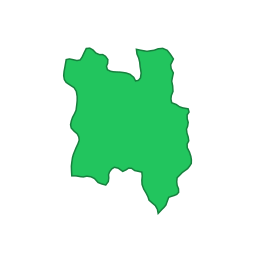 Fernandes Tourinho, Minas Gerais, Brazil, rotated 333°
{"feature_id": "56859067B23476537277650", "entity_name": "Fernandes Tourinho", "entity_type": "district", "adm_level": 2, "iso_a3": "BRA", "parent_name": "Brazil", "parent_adm1": "Minas Gerais", "projection": "natural_earth1", "projection_center": [-42.097, -19.105], "detail": "fine", "context": "isolated", "style": "filled", "palette": "green", "viewbox_px": 256, "rotation_deg": 333, "n_neighbors": 0, "source": "geoboundaries", "source_scale": "gbopen_adm2", "svg_char_len": 1988}
<svg xmlns="http://www.w3.org/2000/svg" viewBox="0 0 256 256"><g transform="rotate(333 128 128)"><path d="M104.0,39.0L101.8,41.9L99.4,45.1L96.7,48.6L94.5,52.1L93.3,55.9L93.6,59.4L96.1,63.8L98.3,67.6L98.6,71.9L97.0,76.9L95.1,80.6L93.3,83.4L91.6,85.9L89.8,88.6L86.7,91.1L83.5,93.3L80.8,95.9L78.3,99.0L77.4,102.2L78.5,106.3L80.1,110.1L80.1,113.7L79.0,116.7L76.3,119.3L72.7,122.1L69.7,124.7L67.4,126.7L65.0,129.3L62.4,133.0L60.2,136.3L58.2,140.6L56.2,145.1L60.0,147.1L63.6,149.8L66.0,151.3L69.4,152.2L72.9,154.7L75.2,157.8L76.6,163.0L79.2,165.9L82.3,168.7L86.1,166.8L88.2,163.8L89.5,160.7L91.7,158.6L94.9,157.1L98.0,156.8L101.1,159.4L103.6,164.3L107.4,164.4L110.3,164.0L112.9,165.5L114.6,168.9L117.3,171.1L120.3,173.6L118.9,177.2L116.6,180.9L114.9,184.7L114.3,189.5L114.6,194.1L114.6,198.2L114.0,201.9L115.6,205.9L117.1,209.5L117.3,213.8L116.1,217.8L121.3,215.9L123.9,215.1L126.7,213.9L129.9,210.9L132.8,208.2L135.7,208.6L138.5,209.1L141.3,209.3L143.9,208.3L145.4,205.1L145.7,201.5L147.0,198.0L149.2,194.6L152.9,193.4L156.1,192.3L159.2,191.8L162.6,191.3L165.6,189.9L168.3,188.3L170.0,185.2L171.1,181.8L171.8,177.4L171.8,172.5L173.4,169.1L176.3,167.0L177.5,163.5L178.2,159.3L179.6,155.5L181.9,153.5L184.2,150.3L184.9,146.7L186.6,143.2L189.6,141.5L190.3,138.2L185.9,134.9L183.4,132.3L181.7,129.0L178.4,125.3L179.4,121.7L181.3,118.8L184.7,115.8L186.9,110.8L188.2,106.1L190.6,103.0L193.4,99.5L193.4,94.7L194.7,91.0L197.2,89.1L199.8,87.1L199.2,81.5L198.2,76.6L195.1,72.8L190.8,71.1L186.6,70.6L183.1,69.4L179.7,68.3L176.5,65.9L174.0,64.0L171.2,61.7L169.6,66.1L169.3,70.5L168.3,74.7L166.7,78.7L165.7,81.9L164.6,85.1L161.8,89.1L158.9,90.3L156.1,89.5L156.1,85.5L154.2,81.1L151.4,78.2L148.8,76.3L146.1,74.5L143.4,73.0L140.5,71.3L138.2,69.5L136.1,66.7L136.9,63.1L139.2,61.2L141.1,57.9L140.5,53.9L138.8,51.1L135.9,49.7L133.4,46.6L132.2,42.5L130.2,39.5L126.9,38.2L123.0,41.1L119.3,44.0L116.2,45.7L113.1,44.7L109.6,41.8L107.2,39.9L104.0,39.0Z" fill="#22c55e" stroke="#15803d" stroke-width="1.5"/></g></svg>